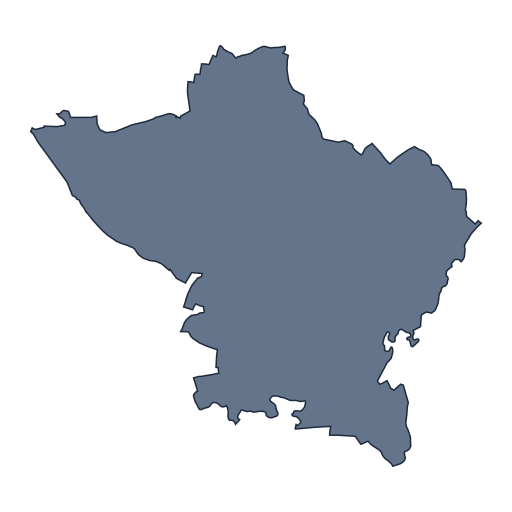 outline of Secuieni, Harghita, Romania
{"feature_id": "2599482B24162569897100", "entity_name": "Secuieni", "entity_type": "district", "adm_level": 2, "iso_a3": "ROU", "parent_name": "Romania", "parent_adm1": "Harghita", "projection": "orthographic", "projection_center": [24.945, 46.276], "detail": "fine", "context": "isolated", "style": "filled", "palette": "slate", "viewbox_px": 512, "rotation_deg": 0, "n_neighbors": 0, "source": "geoboundaries", "source_scale": "gbopen_adm2", "svg_char_len": 6024}
<svg xmlns="http://www.w3.org/2000/svg" viewBox="0 0 512 512"><path d="M303.8,95.4L293.7,90.0L291.5,86.9L289.0,81.9L287.9,76.1L287.0,69.4L287.3,60.2L288.3,55.4L283.0,53.2L285.3,49.7L285.4,47.6L284.8,46.2L282.6,46.8L277.5,47.5L273.8,47.5L270.8,48.0L264.6,46.4L262.9,46.5L259.4,47.9L255.5,50.0L252.3,52.4L249.9,53.6L246.0,54.7L241.4,55.5L239.9,56.4L238.0,56.6L236.6,57.8L235.7,58.0L231.9,53.4L228.4,52.0L223.9,49.4L222.4,47.3L221.3,46.2L220.1,45.8L219.6,46.1L217.5,51.7L216.9,54.9L216.1,56.9L213.0,55.4L210.3,61.3L209.2,64.3L208.6,64.5L205.4,64.0L201.6,63.9L201.0,68.0L200.5,69.6L200.0,74.3L195.2,74.2L194.5,77.5L193.8,82.5L190.6,81.8L188.0,81.7L187.5,89.4L187.5,92.7L190.0,111.0L180.7,116.1L180.2,118.2L176.9,116.6L176.3,117.5L175.7,117.1L176.3,116.2L176.1,115.8L173.6,114.6L171.5,113.9L169.5,113.6L167.8,113.9L162.7,115.6L155.6,117.4L153.2,119.0L145.7,121.6L132.1,124.8L115.4,131.6L106.0,132.6L99.8,129.7L97.1,123.7L96.7,116.0L91.3,117.4L70.6,117.4L68.5,111.4L64.2,110.5L63.0,110.7L59.6,113.8L56.9,113.8L59.7,117.2L62.7,118.9L65.1,121.7L65.6,122.9L64.4,125.4L56.9,126.6L44.1,126.1L44.2,127.3L35.2,129.5L32.2,127.9L30.7,131.6L33.5,134.2L37.1,140.6L38.7,143.1L66.6,181.5L67.8,183.8L72.4,195.6L72.9,195.6L75.6,197.1L77.0,199.3L78.6,199.7L79.6,200.7L80.2,202.6L81.1,204.3L83.0,206.6L84.5,208.9L85.9,211.8L86.8,212.8L88.3,214.3L92.7,220.0L99.7,227.7L103.2,231.3L107.8,235.3L116.5,241.3L120.3,243.0L127.0,245.2L133.1,247.8L135.0,249.4L136.8,252.4L138.8,254.9L142.8,258.0L149.3,260.4L156.3,261.5L161.6,263.8L169.3,270.4L170.1,269.4L176.5,278.4L185.4,283.0L191.7,272.6L202.2,273.5L201.4,276.6L197.6,278.1L196.0,280.4L194.4,282.1L192.4,284.7L191.1,286.9L187.9,293.6L186.1,298.7L185.7,300.7L183.6,307.0L192.6,309.8L194.1,306.4L195.8,303.9L200.3,305.9L203.3,306.6L203.5,306.8L203.6,308.3L204.4,311.9L203.1,312.7L199.9,312.9L199.1,313.6L196.9,314.6L192.0,315.3L189.8,316.5L186.4,319.8L185.2,321.4L184.3,323.0L182.1,328.9L180.6,331.6L187.4,331.7L188.5,332.1L189.0,332.6L190.7,336.1L192.7,338.3L199.3,342.8L206.9,346.2L215.6,349.2L217.4,349.5L216.6,355.9L216.0,367.4L218.1,367.6L218.8,373.2L211.5,374.7L203.8,375.9L203.2,376.2L198.6,376.5L193.6,377.9L197.6,391.1L196.0,391.9L193.7,394.5L193.5,395.0L193.7,396.7L195.5,402.5L196.3,403.4L199.2,409.2L200.2,409.6L201.6,409.5L204.1,408.3L207.3,407.5L209.0,406.8L209.9,406.0L211.6,403.6L212.6,402.8L213.7,402.5L216.3,402.7L218.4,404.1L220.7,406.2L221.9,406.8L223.2,406.9L224.9,406.5L226.4,405.6L227.5,408.0L228.2,411.1L228.0,415.5L228.3,418.3L228.6,419.1L229.1,419.9L229.8,420.3L231.6,420.2L233.5,420.9L234.8,422.5L235.5,424.3L239.7,419.7L238.2,418.5L237.6,416.9L238.1,415.2L238.6,414.3L240.6,411.3L241.2,410.0L242.1,410.1L247.1,411.6L250.1,411.1L252.5,411.9L254.2,412.1L260.8,411.1L263.8,411.6L265.1,412.1L265.8,412.8L266.1,413.7L266.1,414.9L266.6,415.9L268.6,417.3L270.2,417.8L271.7,417.8L276.6,416.1L277.6,415.2L277.9,414.0L277.8,412.5L277.0,411.2L276.3,409.4L275.6,405.8L275.1,404.9L274.3,404.1L270.4,401.0L269.9,399.9L270.1,398.8L271.0,397.4L272.1,396.4L273.5,395.9L276.8,396.0L278.5,396.3L280.1,397.0L284.2,397.9L289.9,400.3L291.4,400.5L296.0,400.4L300.0,401.5L301.6,401.4L305.0,400.9L305.5,401.7L305.5,402.7L304.8,406.3L304.2,407.5L302.0,410.2L301.0,410.9L299.6,411.2L295.7,410.7L294.2,411.2L293.7,411.9L293.4,413.3L292.4,413.7L292.0,414.1L292.0,415.0L292.6,415.8L294.4,416.4L295.5,416.4L297.0,417.1L299.3,419.2L300.7,421.4L300.7,422.5L300.3,423.0L297.5,425.6L296.9,425.7L296.4,424.5L296.1,424.4L295.3,428.0L295.4,429.0L317.1,427.1L330.7,426.4L329.7,432.1L329.6,435.2L337.3,435.2L354.9,436.2L355.4,436.5L360.1,443.3L360.7,444.1L361.1,444.3L368.0,441.2L370.5,444.0L373.8,446.5L379.6,450.2L380.3,451.4L381.7,452.8L381.9,454.1L383.5,456.8L385.5,458.9L387.8,460.5L391.3,463.7L392.8,466.2L400.1,463.8L401.6,463.0L404.0,461.0L405.1,459.0L405.4,457.8L404.6,455.2L404.3,452.9L404.6,452.0L405.0,451.5L407.2,450.7L409.5,448.9L410.8,446.0L410.6,444.4L410.4,437.0L407.9,429.6L406.4,426.4L405.8,423.1L406.9,413.4L407.3,407.0L408.3,402.7L403.3,385.1L400.7,384.2L394.0,390.2L390.5,388.0L390.0,386.5L387.0,380.6L382.6,383.1L379.8,384.3L377.4,381.0L387.5,362.0L388.4,361.5L391.1,358.4L392.3,354.2L392.8,351.4L392.6,348.8L391.7,347.0L390.6,347.6L389.3,350.6L387.6,351.3L385.8,351.2L384.7,350.1L384.5,345.6L383.4,344.7L382.9,343.2L384.3,337.1L385.6,335.2L386.4,333.3L387.4,332.0L388.6,332.2L389.8,333.4L389.4,334.7L388.4,336.1L388.3,338.0L388.5,339.7L392.1,342.1L394.2,341.9L395.1,340.7L394.9,338.5L395.5,336.4L396.5,335.0L398.1,333.5L398.2,332.0L398.9,330.5L400.4,329.4L402.1,329.5L404.8,331.4L406.6,332.4L409.2,332.8L410.6,334.5L410.7,336.1L410.2,337.1L408.5,337.1L407.2,337.8L406.7,339.0L407.4,339.7L409.3,340.1L409.9,341.4L411.0,345.9L412.2,346.7L413.4,346.2L418.3,341.5L418.9,340.5L418.6,339.2L417.2,339.0L414.5,340.0L413.0,338.7L412.7,336.8L413.1,335.1L414.1,333.0L413.1,331.5L413.4,330.4L420.5,326.7L421.3,315.3L423.5,313.5L426.6,312.0L431.5,313.1L435.0,310.5L436.9,306.4L438.0,303.4L438.7,299.0L438.9,295.7L439.7,293.4L441.1,290.7L441.6,288.1L443.2,286.7L445.8,285.7L447.3,283.4L447.5,280.9L448.2,279.1L447.7,277.0L446.9,276.3L446.2,275.1L446.4,271.8L447.3,270.3L452.0,266.5L451.3,263.7L454.9,259.5L458.1,259.5L459.3,259.8L460.3,260.7L460.8,261.6L461.5,261.7L462.1,260.3L463.0,259.7L464.2,257.3L464.6,254.5L465.0,249.4L464.5,246.9L464.9,244.2L469.6,236.7L469.4,236.4L472.0,232.9L476.9,227.3L479.2,225.0L481.3,223.2L478.1,220.7L475.2,224.0L466.8,216.6L466.3,214.5L466.4,212.5L465.4,209.8L466.1,205.3L466.5,199.3L465.9,190.8L464.8,189.4L452.2,189.0L451.1,183.0L445.3,174.3L440.8,168.2L438.2,165.5L431.5,164.6L431.2,161.3L430.7,158.7L427.5,154.4L424.6,151.9L422.1,150.5L419.6,149.7L414.5,146.6L408.0,149.9L398.1,156.7L389.8,164.0L385.0,158.9L380.3,152.5L372.0,143.4L370.4,144.7L367.6,146.3L365.0,148.7L362.7,153.3L361.1,155.0L355.7,150.7L352.8,147.6L353.1,145.7L351.7,144.0L344.8,140.7L338.5,142.2L323.6,139.1L322.1,137.4L321.3,133.2L317.4,123.6L314.8,119.9L309.5,114.8L308.4,112.9L307.4,108.9L303.2,103.8L304.0,102.1L304.3,100.2L303.8,95.4Z" fill="#64748b" stroke="#1e293b" stroke-width="1.5"/></svg>